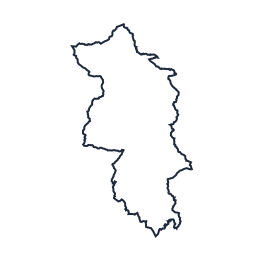 Tenango de Doria, Hidalgo, Mexico (Albers equal-area conic projection), rotated 101°
{"feature_id": "50627088B36443984556774", "entity_name": "Tenango de Doria", "entity_type": "district", "adm_level": 2, "iso_a3": "MEX", "parent_name": "Mexico", "parent_adm1": "Hidalgo", "projection": "albers", "projection_center": [-98.207, 20.337], "detail": "fine", "context": "isolated", "style": "outline", "palette": "slate", "viewbox_px": 256, "rotation_deg": 101, "n_neighbors": 0, "source": "geoboundaries", "source_scale": "gbopen_adm2", "svg_char_len": 5755}
<svg xmlns="http://www.w3.org/2000/svg" viewBox="0 0 256 256"><g transform="rotate(101 128 128)"><path d="M58.4,198.5L61.9,195.3L65.0,194.8L66.5,195.3L66.9,194.7L67.1,192.7L69.0,192.3L70.0,190.7L73.4,189.7L74.9,188.1L75.7,186.1L77.0,184.1L77.7,181.1L78.8,179.6L80.0,176.8L80.3,176.6L81.3,177.0L82.8,177.0L83.4,176.6L83.7,176.0L83.9,171.0L83.1,168.9L82.9,167.1L82.5,166.2L82.5,164.7L82.7,164.3L83.4,164.1L85.7,161.7L86.8,161.7L87.5,161.2L88.2,161.1L90.8,161.9L92.4,161.8L94.0,161.1L96.3,159.0L98.6,159.1L99.5,158.6L101.4,158.8L101.7,159.8L102.2,159.9L102.7,160.5L102.9,161.3L103.5,162.1L103.8,162.4L104.3,162.2L104.8,162.4L105.5,165.3L105.4,166.3L106.8,167.5L107.4,167.5L108.0,168.1L108.7,168.2L109.4,168.0L111.0,168.0L111.9,167.6L113.3,168.7L115.3,169.6L117.2,170.0L118.4,169.8L119.1,170.3L119.8,171.1L121.5,170.0L122.4,170.1L123.2,169.4L125.1,169.2L126.3,167.3L127.6,167.1L128.3,166.6L129.2,167.5L130.5,168.1L133.7,170.5L135.7,171.1L136.5,170.8L138.2,171.0L139.0,171.7L141.7,171.2L142.4,170.5L142.8,168.7L143.1,168.3L143.5,168.2L145.2,169.0L145.6,168.9L146.5,167.8L148.1,168.6L149.0,167.8L151.2,168.1L152.8,168.9L153.7,167.9L153.7,165.6L153.1,164.2L152.5,164.0L152.1,163.4L151.9,162.1L152.0,161.0L151.6,159.7L152.1,158.9L153.2,158.1L153.3,157.2L153.0,156.4L153.1,155.3L153.8,154.0L153.6,152.4L152.8,151.7L152.4,150.7L152.9,148.7L152.9,146.9L153.3,146.1L153.3,144.5L153.9,143.4L153.4,142.2L153.2,139.5L152.3,137.3L152.5,135.5L152.2,134.1L152.7,132.1L152.2,130.9L150.6,129.6L150.4,128.3L150.8,128.1L152.0,128.7L155.4,129.3L156.7,130.3L159.2,131.0L160.6,132.1L161.4,132.1L163.9,134.2L165.2,134.6L166.2,136.2L167.0,136.4L168.4,135.0L170.3,133.8L171.0,132.8L172.0,132.0L174.7,132.3L177.1,133.1L178.0,132.9L181.9,134.1L183.4,133.8L184.1,132.6L185.4,132.4L185.3,132.0L184.8,131.9L185.0,131.4L184.8,130.9L183.0,130.7L183.3,129.7L184.9,130.5L186.9,130.8L188.6,131.7L190.0,130.9L193.1,130.1L194.5,128.4L195.4,128.1L197.1,128.5L197.7,127.8L198.6,128.5L199.6,128.3L201.9,123.3L200.9,121.6L199.3,120.6L200.2,118.7L202.1,116.6L205.2,115.8L206.4,114.7L207.0,114.6L208.0,115.1L208.1,114.3L209.1,114.2L208.7,113.6L208.8,112.8L209.0,112.0L209.7,111.6L210.0,111.7L211.2,110.9L212.4,111.1L211.5,107.2L211.7,104.8L210.8,104.5L210.8,103.9L209.6,102.6L212.7,100.8L213.7,99.6L214.8,99.5L217.6,97.9L217.7,96.8L216.7,95.7L216.4,94.6L216.5,92.9L216.1,92.3L216.7,92.2L217.5,92.5L221.8,91.2L221.9,86.3L224.5,83.6L229.0,80.2L226.3,78.3L221.8,77.9L221.1,77.5L221.0,76.9L221.6,76.1L220.0,74.9L219.8,73.1L217.6,72.5L217.0,73.7L215.4,73.1L216.0,71.9L215.3,71.3L215.4,71.0L214.3,70.1L212.6,70.8L212.3,70.2L211.9,70.9L211.6,69.9L211.1,69.0L210.7,70.1L210.3,69.9L210.5,68.9L209.6,68.4L209.1,66.1L209.3,65.8L210.2,65.1L212.1,64.5L212.9,63.3L213.6,63.3L214.4,63.9L216.8,63.9L217.4,62.9L216.8,62.0L216.8,61.5L217.2,61.1L216.3,61.0L215.0,59.8L213.7,59.7L211.9,58.6L210.6,59.0L209.6,58.5L208.0,59.7L206.5,59.6L206.0,60.4L204.1,61.6L203.3,61.8L202.1,61.5L201.8,61.7L201.6,63.3L201.8,65.3L201.5,66.3L200.0,68.8L199.0,69.1L197.4,68.6L197.2,68.8L196.2,68.7L195.4,67.9L194.3,67.8L192.9,67.0L191.3,67.6L189.9,67.4L189.8,67.8L190.4,68.3L189.9,69.3L188.9,69.4L187.4,69.0L187.6,70.0L186.2,70.8L186.2,71.8L185.1,72.9L184.5,74.0L184.7,74.9L184.3,75.7L183.5,76.0L182.8,75.8L181.1,76.5L179.6,77.7L178.8,77.8L177.7,77.4L175.4,78.2L175.3,78.7L174.0,78.0L171.4,79.1L170.6,79.2L168.4,74.6L165.1,71.9L163.1,71.3L160.0,69.0L159.3,67.4L157.5,65.2L156.2,62.6L156.7,59.6L156.6,58.3L156.2,57.5L153.9,58.9L153.3,59.0L152.8,60.0L152.3,60.3L149.7,59.6L149.0,62.9L149.0,64.6L148.1,64.7L147.5,65.6L144.5,66.6L144.1,67.7L143.8,67.9L143.3,70.6L141.7,72.4L141.9,73.6L141.6,74.1L138.8,75.3L138.3,76.3L137.5,76.7L137.0,78.1L136.1,78.0L135.4,78.5L135.2,79.6L132.3,79.9L130.6,80.7L129.4,80.4L129.0,82.4L127.0,84.5L124.5,84.9L123.9,84.3L122.5,84.0L121.9,82.8L121.1,82.7L120.5,83.4L120.1,84.8L117.5,85.9L117.2,86.2L116.8,87.3L115.9,85.6L115.7,84.6L115.1,84.1L113.4,84.0L112.9,82.8L111.4,82.0L109.6,81.7L108.1,82.5L107.6,82.0L105.4,81.2L104.8,81.7L104.6,82.2L102.8,82.8L102.1,82.6L101.3,83.0L101.2,84.1L100.5,85.2L98.9,86.0L98.1,86.8L97.1,87.1L96.8,88.0L96.3,88.0L95.9,88.3L94.4,87.6L93.7,87.6L93.4,86.0L91.7,85.7L90.6,86.2L89.5,85.5L87.8,86.0L86.1,84.7L83.3,85.0L81.4,87.5L81.2,88.2L80.5,88.6L79.9,90.3L79.5,90.5L78.8,92.0L77.3,93.6L75.8,94.7L73.4,95.7L72.3,96.9L72.4,97.5L70.9,98.1L69.3,97.8L68.2,94.5L66.5,91.3L65.7,91.1L65.3,91.5L65.3,92.9L64.1,93.0L63.7,93.5L62.8,93.8L62.4,94.8L62.4,95.9L61.9,96.6L62.1,97.2L63.0,97.7L62.9,98.2L62.1,99.0L62.6,99.9L62.6,101.3L63.0,102.0L62.7,103.0L62.9,103.1L63.3,105.3L63.2,106.5L63.8,106.7L63.6,107.9L62.4,109.5L62.0,111.0L62.2,112.0L60.2,114.0L57.9,119.0L56.6,120.4L55.3,117.7L55.2,117.0L54.3,116.1L54.2,115.0L53.1,114.7L53.2,112.2L52.2,113.1L51.0,115.8L50.9,116.7L51.6,118.9L51.4,119.8L52.2,120.2L51.9,121.4L52.3,122.2L52.4,122.9L51.8,123.9L51.7,124.8L52.4,126.1L52.1,127.2L52.8,127.6L52.7,128.4L53.2,128.6L53.0,129.6L53.2,129.8L51.7,132.6L51.7,133.6L50.1,133.9L49.6,134.8L48.8,134.7L48.5,135.4L47.6,135.6L46.9,135.2L46.6,136.6L45.6,137.2L44.9,137.5L42.2,137.7L41.9,138.2L41.1,138.2L40.5,139.4L39.6,139.8L37.1,141.0L36.0,140.7L35.5,141.2L34.7,141.3L34.4,142.6L34.4,143.7L34.0,144.5L33.0,145.2L32.4,145.3L31.7,146.1L31.8,146.5L31.4,147.3L30.0,147.7L29.9,148.9L30.2,149.7L29.6,151.2L28.6,151.7L27.1,151.7L27.0,152.1L30.4,157.2L30.8,158.3L32.3,158.3L34.6,159.6L35.1,160.0L34.9,160.7L35.2,161.0L37.0,161.6L39.3,161.1L40.5,161.2L41.2,161.8L41.9,163.5L44.4,163.6L45.9,165.0L47.6,167.7L50.5,170.8L49.4,172.4L49.4,173.4L50.1,174.8L49.9,175.9L51.3,177.3L52.2,178.8L53.1,179.6L53.2,181.6L53.5,181.9L53.2,182.8L54.3,183.8L54.1,184.4L54.6,186.0L54.0,186.7L54.2,187.7L53.9,189.0L54.5,190.2L54.5,191.4L54.2,191.9L55.6,193.2L58.0,194.5L58.4,198.5Z" fill="none" stroke="#1e293b" stroke-width="2"/></g></svg>